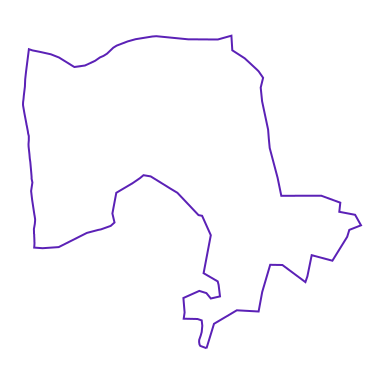 outline of Yankwashi, Jigawa, Nigeria
{"feature_id": "59680162B90957738044815", "entity_name": "Yankwashi", "entity_type": "district", "adm_level": 2, "iso_a3": "NGA", "parent_name": "Nigeria", "parent_adm1": "Jigawa", "projection": "equal_earth", "projection_center": [8.483, 12.74], "detail": "fine", "context": "isolated", "style": "outline", "palette": "violet", "viewbox_px": 384, "rotation_deg": 0, "n_neighbors": 0, "source": "geoboundaries", "source_scale": "gbopen_adm2", "svg_char_len": 1720}
<svg xmlns="http://www.w3.org/2000/svg" viewBox="0 0 384 384"><path d="M28.9,49.2L26.1,71.2L25.2,79.3L24.9,86.6L24.2,92.4L23.8,95.8L23.6,98.1L23.4,99.9L23.1,102.0L23.0,104.5L23.1,105.7L24.5,113.8L25.9,121.1L26.3,123.3L26.4,123.7L26.5,124.7L26.7,125.3L27.1,127.4L27.9,131.6L28.1,133.3L28.8,136.0L28.8,140.4L28.6,142.7L28.5,144.3L28.6,146.7L29.4,153.9L29.8,158.6L30.3,162.0L31.3,173.2L31.6,177.0L31.6,178.7L32.4,182.5L31.1,191.0L32.1,199.6L33.4,208.2L34.4,214.8L34.6,215.8L35.1,219.1L35.1,220.7L34.8,224.0L34.2,227.4L33.9,229.0L34.0,231.8L34.0,233.6L34.2,234.5L34.2,235.6L34.2,236.3L34.3,237.8L34.4,240.5L34.4,241.9L34.5,242.7L34.4,245.0L34.2,247.6L42.6,248.2L58.7,247.1L86.9,232.9L98.3,229.9L100.9,229.4L110.7,225.9L114.5,222.5L112.4,213.5L116.3,192.8L132.7,183.1L140.0,178.1L143.5,175.2L150.7,176.4L170.4,188.6L177.4,192.8L198.5,215.1L202.1,215.8L210.8,235.2L203.6,273.2L217.7,281.4L218.6,284.9L220.0,296.4L210.8,298.5L206.4,293.1L199.3,290.9L183.4,298.0L184.6,312.5L183.7,318.7L197.5,319.0L201.7,320.4L202.3,325.8L201.7,332.0L200.7,335.6L199.2,339.9L199.1,342.0L199.5,344.5L200.3,345.9L206.5,348.2L206.5,348.3L214.0,323.8L236.8,310.3L258.6,311.5L262.2,292.0L270.2,264.8L282.4,265.0L305.4,282.1L307.4,276.3L311.7,255.2L332.4,260.7L347.2,236.8L349.3,229.9L361.0,225.3L355.1,214.8L339.3,211.8L340.3,202.7L321.2,195.7L281.3,195.8L277.6,177.8L269.7,148.0L268.8,138.6L268.1,129.6L262.1,101.3L260.7,87.6L263.1,77.8L258.6,71.3L256.9,69.6L244.7,58.3L232.3,50.3L231.4,35.7L217.8,39.5L188.0,39.3L156.3,36.2L152.3,36.5L135.6,39.2L127.7,41.4L116.7,45.6L113.3,47.7L107.0,53.7L103.5,55.9L100.0,57.4L95.1,60.8L85.0,65.5L74.3,67.0L59.0,57.5L50.9,54.3L40.1,51.9L32.5,50.4L28.9,49.2Z" fill="none" stroke="#5b21b6" stroke-width="2"/></svg>